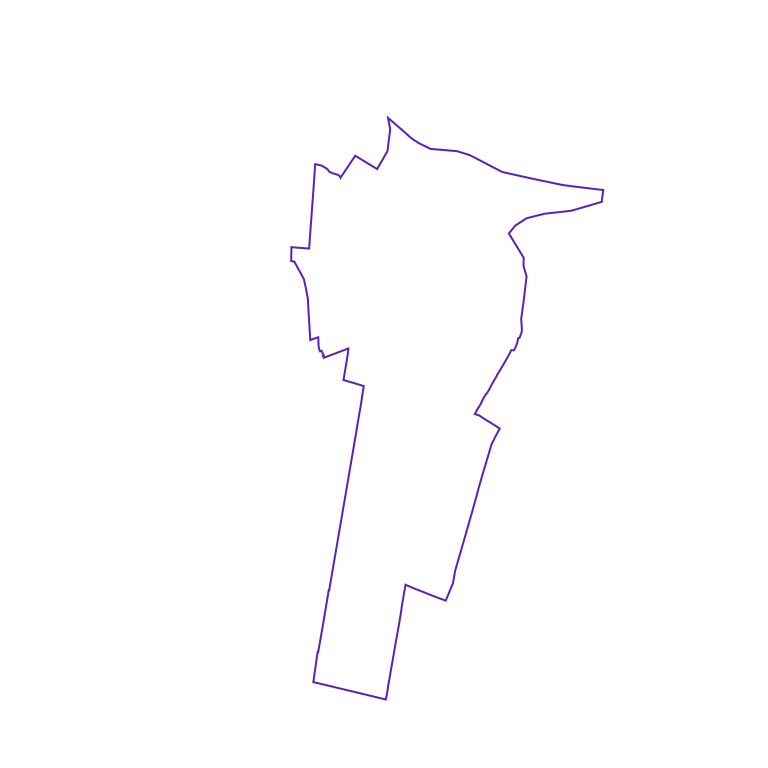 Unirea, Calarasi, Romania, rotated 215°
{"feature_id": "2599482B78203742234892", "entity_name": "Unirea", "entity_type": "district", "adm_level": 2, "iso_a3": "ROU", "parent_name": "Romania", "parent_adm1": "Calarasi", "projection": "natural_earth1", "projection_center": [27.6, 44.275], "detail": "fine", "context": "isolated", "style": "outline", "palette": "violet", "viewbox_px": 768, "rotation_deg": 215, "n_neighbors": 0, "source": "geoboundaries", "source_scale": "gbopen_adm2", "svg_char_len": 4701}
<svg xmlns="http://www.w3.org/2000/svg" viewBox="0 0 768 768"><g transform="rotate(215 384 384)"><path d="M533.3,604.3L530.1,601.1L526.2,597.4L525.0,596.2L519.9,586.5L514.7,576.7L514.3,571.6L513.8,566.4L512.9,556.1L525.7,555.3L538.5,554.5L538.2,541.2L537.9,528.0L538.3,528.3L538.7,528.5L539.0,528.7L539.2,528.8L539.3,528.8L539.5,528.9L539.9,528.9L540.1,528.9L540.3,529.0L540.5,529.0L541.0,528.9L541.4,528.9L541.8,528.9L542.1,528.8L542.4,528.7L542.7,528.6L542.9,528.6L543.1,528.5L543.2,528.4L543.6,528.3L544.0,528.1L544.5,527.9L544.8,527.9L545.1,527.8L545.7,527.6L546.3,527.3L547.3,527.1L548.2,526.9L548.9,526.8L549.6,526.7L550.0,526.6L550.4,526.6L550.5,526.6L550.8,526.6L551.0,526.6L551.3,526.7L551.5,526.8L551.9,527.0L552.3,527.2L552.5,527.2L552.7,527.3L553.0,527.4L553.3,527.4L553.5,527.4L553.7,527.5L554.0,527.5L554.3,527.6L554.5,527.6L554.8,527.6L555.1,527.6L555.8,527.5L556.4,527.4L556.7,527.4L557.1,527.3L557.3,527.3L557.5,527.3L558.2,527.3L559.0,527.2L559.3,527.2L559.5,527.2L559.9,527.2L560.1,527.1L560.4,527.1L560.9,526.9L561.4,526.8L562.1,526.5L562.8,526.2L563.9,525.7L565.0,525.3L565.5,525.0L565.9,524.8L566.2,524.7L566.4,524.7L566.5,524.6L559.1,512.4L551.7,500.1L549.3,496.1L546.9,492.0L542.1,484.0L532.6,468.0L523.0,452.0L530.6,447.5L538.3,443.0L538.2,442.9L537.5,441.9L537.0,441.0L535.7,439.2L534.8,437.7L533.8,436.2L533.3,435.5L532.7,434.7L531.6,433.0L530.5,431.4L529.1,432.1L527.8,432.8L525.2,431.6L522.6,430.3L521.1,429.6L519.6,428.8L517.1,427.6L514.6,426.4L512.8,425.4L510.9,424.5L510.1,424.1L509.4,423.7L509.2,423.5L502.3,417.0L495.5,410.4L492.2,406.2L488.9,402.0L479.2,389.8L469.6,377.7L468.7,378.9L467.9,380.2L467.4,380.9L466.9,381.6L466.6,382.0L466.2,382.5L465.9,382.9L465.6,383.3L465.3,383.7L465.0,384.1L464.7,384.6L463.0,382.4L461.3,380.1L460.1,378.5L459.8,378.1L459.0,377.2L458.1,376.3L457.1,375.4L455.8,374.4L455.2,374.0L454.2,375.4L452.4,374.3L450.6,373.3L450.2,373.1L449.8,372.9L450.3,372.1L448.8,371.3L448.3,371.0L446.4,373.8L444.8,376.2L441.4,381.2L437.5,386.9L433.6,392.6L432.7,391.5L432.4,390.8L432.0,390.1L431.1,388.2L430.2,386.4L429.5,385.0L428.9,383.6L427.7,381.3L426.6,379.0L425.7,377.1L424.8,375.2L422.8,371.0L420.8,366.8L420.2,365.7L419.7,364.5L419.6,364.3L419.5,364.0L409.5,367.4L399.4,370.7L395.7,363.1L391.9,355.5L388.9,349.2L385.9,342.8L382.4,335.4L378.8,328.0L374.3,318.4L369.8,308.9L363.6,295.8L357.4,282.7L334.0,233.1L310.6,183.6L311.0,183.4L302.9,166.4L294.8,149.5L289.5,138.1L284.2,126.8L284.7,126.6L281.3,119.8L274.4,106.1L270.9,99.3L249.1,107.9L201.6,126.6L202.6,129.1L203.8,131.8L208.6,141.6L229.9,187.1L231.0,189.6L235.3,198.7L240.6,209.7L240.8,210.0L241.0,210.4L241.2,210.6L245.3,219.3L249.0,227.1L251.2,231.9L244.7,233.3L241.3,234.0L236.0,235.3L230.7,236.6L224.1,238.1L220.1,239.1L218.6,239.5L217.1,239.8L213.3,240.9L211.2,241.4L209.2,241.9L209.2,242.0L210.2,246.5L213.2,260.2L215.8,265.9L218.5,271.6L220.5,277.4L230.5,306.7L238.6,330.2L240.9,336.6L243.1,343.0L246.6,352.6L250.0,362.3L255.7,379.5L261.4,396.6L262.7,405.8L263.2,409.8L263.6,413.9L264.3,413.8L265.6,413.8L266.8,413.8L269.2,413.7L271.6,413.6L276.4,413.3L281.2,413.0L282.1,413.0L283.0,412.9L284.4,412.9L285.8,412.8L286.9,412.9L288.1,412.9L290.2,412.2L292.3,411.5L292.3,411.9L292.4,412.2L292.5,412.9L292.6,413.6L292.7,414.8L292.9,416.1L293.0,417.3L293.1,418.5L293.1,420.1L293.2,421.8L293.3,422.1L293.3,422.5L293.5,423.9L293.7,425.2L294.0,427.0L294.3,428.9L294.4,430.1L294.5,431.2L294.6,432.5L294.7,433.8L294.6,434.2L294.6,434.5L294.5,435.0L294.4,435.4L294.4,435.8L294.4,436.2L294.9,441.7L295.0,442.2L295.1,442.7L295.2,443.4L295.2,444.1L295.4,444.6L295.5,445.1L295.6,446.3L295.7,447.6L295.8,448.8L295.9,450.1L296.0,451.2L296.1,452.4L296.1,453.3L296.1,454.2L296.3,455.2L296.5,456.1L296.5,456.3L296.5,456.5L296.6,457.4L296.7,459.5L296.8,460.6L296.9,462.5L297.1,464.4L297.2,466.3L297.4,468.2L297.7,472.4L298.1,476.6L298.5,479.8L298.8,482.9L299.1,483.7L299.3,484.6L298.6,485.0L297.9,485.4L297.6,485.6L297.4,485.8L297.1,486.1L296.8,486.5L297.4,489.7L298.2,493.5L299.2,495.8L300.3,498.2L300.3,498.5L300.3,498.8L299.9,499.1L299.4,499.5L299.9,501.4L300.3,502.8L300.6,504.2L300.7,504.5L300.9,505.3L302.5,508.0L305.0,511.1L309.0,516.1L310.7,519.4L316.9,531.5L329.0,554.0L337.4,560.7L339.7,564.1L341.9,567.5L368.0,578.9L367.7,584.0L367.3,589.1L364.8,595.3L362.3,601.5L356.0,608.8L349.7,616.0L339.9,624.6L330.1,633.2L320.1,645.6L313.7,653.6L310.1,658.1L310.5,658.8L313.7,664.9L315.7,668.7L320.4,666.1L326.2,663.0L341.0,655.1L345.6,652.7L351.7,649.5L376.6,638.8L393.9,631.6L408.8,625.5L408.7,625.5L445.0,620.7L457.7,616.6L469.2,610.0L480.6,603.3L493.4,601.3L499.6,601.0L505.3,601.2L505.5,601.4L512.4,602.2L521.2,603.1L528.4,603.8L533.3,604.3Z" fill="none" stroke="#5b21b6" stroke-width="2"/></g></svg>